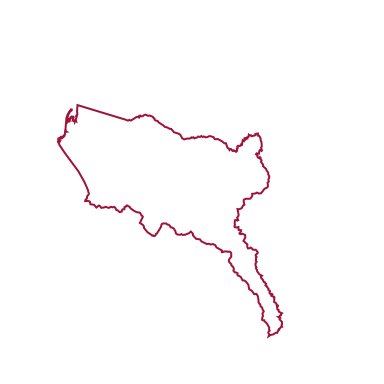 Tumbes, Tumbes, Peru (Robinson projection), rotated 301°
{"feature_id": "86281439B11077659062931", "entity_name": "Tumbes", "entity_type": "district", "adm_level": 2, "iso_a3": "PER", "parent_name": "Peru", "parent_adm1": "Tumbes", "projection": "robinson", "projection_center": [-80.432, -3.859], "detail": "fine", "context": "isolated", "style": "outline", "palette": "rose", "viewbox_px": 384, "rotation_deg": 301, "n_neighbors": 0, "source": "geoboundaries", "source_scale": "gbopen_adm2", "svg_char_len": 6082}
<svg xmlns="http://www.w3.org/2000/svg" viewBox="0 0 384 384"><g transform="rotate(301 192 192)"><path d="M107.9,332.0L110.1,333.1L111.7,334.9L114.6,336.4L115.2,337.6L118.0,337.1L118.7,337.8L119.6,337.1L120.8,337.7L122.3,337.8L122.9,338.6L123.6,337.7L124.6,337.1L125.1,337.3L127.0,336.0L127.9,332.7L128.7,332.2L129.4,332.5L129.4,330.3L130.3,331.2L131.3,331.1L132.1,331.7L132.7,331.2L134.4,331.6L134.1,328.5L134.7,327.3L135.5,327.0L135.4,325.6L137.7,323.8L138.4,324.5L138.9,324.3L139.0,323.9L138.6,323.7L138.8,322.6L140.1,321.4L140.0,319.0L143.0,317.5L143.2,317.1L144.3,316.8L144.5,315.9L144.0,314.9L143.9,313.3L144.4,313.1L145.6,313.6L145.9,312.9L145.1,311.9L145.1,310.8L145.8,310.1L146.9,310.1L147.4,309.7L147.4,307.9L148.5,307.3L149.1,305.4L149.7,304.9L149.7,303.1L151.5,302.8L151.5,302.0L152.2,300.9L151.9,299.8L153.2,298.0L154.1,295.3L154.8,294.8L156.3,295.1L156.1,292.7L156.9,290.3L157.6,288.7L158.7,287.8L159.3,286.4L159.8,285.9L160.7,286.0L161.6,284.4L163.6,283.2L165.4,283.4L166.0,282.0L167.0,281.8L168.2,280.8L169.6,280.8L170.0,279.6L170.7,279.0L173.8,279.7L174.5,278.8L175.3,276.4L173.9,273.8L174.7,271.7L174.6,270.9L173.5,270.4L172.5,269.1L173.2,267.8L175.6,266.4L176.6,261.3L180.5,261.1L182.5,259.7L182.2,256.6L180.8,255.3L180.7,254.3L181.2,253.9L183.5,254.2L184.5,253.8L183.5,251.5L185.9,249.8L184.5,248.5L183.9,246.7L184.5,246.0L186.3,245.6L187.4,244.5L189.7,243.4L190.4,243.6L190.9,245.7L191.7,246.1L193.2,243.9L195.4,244.1L196.6,243.6L200.8,239.8L201.4,241.2L203.0,242.5L204.0,242.9L206.6,242.7L208.1,243.5L210.1,241.4L212.1,240.4L214.2,241.9L215.6,244.5L216.5,245.5L219.6,245.7L221.4,244.5L223.4,247.1L224.9,247.9L225.2,250.3L226.6,251.9L232.2,252.5L234.1,253.9L235.5,254.3L236.6,253.8L238.8,252.0L240.5,252.4L241.9,251.1L244.4,250.7L245.5,249.8L246.4,248.2L247.9,247.3L248.8,244.9L249.9,243.7L250.7,239.6L252.0,239.0L253.3,235.6L255.0,235.3L255.6,233.8L256.9,232.9L256.9,232.3L255.6,232.2L255.5,230.7L256.1,229.7L257.0,229.4L257.3,227.4L258.4,227.5L259.4,229.7L261.8,228.6L262.9,228.6L263.4,229.3L263.0,230.4L263.6,230.6L265.5,228.4L267.1,228.3L270.4,226.0L271.6,224.4L273.7,222.7L274.7,220.7L274.3,219.7L276.1,218.4L274.5,216.5L273.7,217.2L272.6,216.6L272.3,215.9L270.6,214.6L270.5,214.1L271.0,213.3L270.2,212.1L270.3,211.3L269.9,211.5L269.9,212.2L268.8,211.6L267.9,212.0L267.3,211.2L266.5,211.7L266.4,210.7L265.1,209.3L264.3,209.8L264.7,210.6L264.6,210.9L263.3,210.3L262.5,210.4L262.5,208.8L259.2,210.1L258.5,209.7L258.5,210.4L258.0,210.6L256.1,209.3L255.4,207.7L254.4,207.3L253.4,208.5L252.4,208.1L251.4,209.1L250.6,208.8L250.0,209.4L249.1,209.1L249.3,208.0L249.0,207.3L249.3,206.4L249.0,205.9L248.2,205.9L248.1,205.4L248.9,203.4L248.6,202.8L247.3,202.5L248.2,201.3L248.1,199.7L251.3,196.0L250.4,194.7L250.9,191.9L250.8,187.1L249.1,184.6L249.2,183.7L250.1,182.3L249.4,179.1L248.6,177.9L246.8,176.8L245.9,175.4L245.7,173.5L244.7,172.9L244.7,171.1L243.4,170.6L242.7,168.7L241.7,168.5L239.2,166.4L239.7,165.1L238.4,164.0L238.5,163.4L236.8,162.7L235.2,160.2L233.1,158.2L233.0,156.1L235.1,152.3L235.0,150.0L233.9,145.8L235.4,141.6L234.7,140.5L234.5,136.9L233.8,135.5L234.3,132.7L234.5,127.4L235.2,125.9L234.5,123.7L234.8,122.5L235.7,122.0L235.7,120.7L236.3,119.5L235.8,116.4L234.7,115.2L234.4,112.5L233.6,111.5L231.6,110.7L230.6,109.2L230.8,108.2L230.3,107.6L229.4,108.3L228.6,108.3L228.8,107.3L228.0,106.0L221.7,102.8L221.5,101.1L220.2,100.3L219.8,97.9L207.5,49.1L201.6,52.1L200.9,52.9L199.5,53.6L197.4,53.5L197.2,54.0L197.6,54.2L194.0,55.2L192.9,56.3L192.9,55.2L191.6,55.4L192.1,54.9L191.9,53.8L192.7,53.3L192.2,52.9L193.4,52.7L193.4,51.8L195.2,52.0L195.4,51.3L194.6,49.8L193.4,49.5L189.4,50.7L188.9,50.0L189.5,49.3L191.5,48.2L191.3,47.7L189.8,47.7L190.2,47.4L189.7,47.5L189.1,48.4L188.2,48.9L185.9,49.2L187.7,48.4L188.8,48.4L189.9,47.0L191.3,46.9L192.1,46.2L193.4,46.0L193.5,46.4L194.6,45.9L195.5,46.2L198.5,46.0L198.9,46.3L199.1,45.9L200.2,46.8L200.8,46.4L200.5,45.8L197.6,45.4L193.7,45.6L190.9,46.2L180.7,51.2L179.1,52.7L179.1,53.6L178.4,52.8L180.1,51.3L175.9,53.3L172.6,52.7L173.9,53.3L176.0,53.5L174.2,53.8L171.0,52.9L170.0,51.9L171.5,52.5L171.6,52.4L168.9,50.9L167.9,52.0L168.0,52.7L167.7,52.7L168.0,51.2L168.7,50.6L172.6,51.7L171.8,51.2L168.8,50.4L168.9,50.0L168.3,50.1L167.2,52.6L166.0,52.7L166.6,51.0L166.2,51.0L163.8,54.7L159.9,63.0L151.2,84.0L145.2,94.6L140.3,101.5L137.5,104.4L136.8,104.7L134.3,104.3L132.4,105.2L130.4,104.7L129.2,105.1L130.6,107.1L131.2,109.1L130.8,109.8L129.2,111.2L130.6,114.7L129.4,118.0L132.2,119.0L132.7,119.7L131.7,122.5L133.9,125.0L134.8,125.5L135.5,128.9L137.5,130.1L138.0,131.9L139.2,133.0L138.8,134.7L137.6,136.4L138.0,137.6L137.5,140.4L139.1,141.9L139.9,141.4L141.3,141.4L142.4,142.9L144.3,141.9L145.5,142.9L146.8,142.9L147.0,143.3L147.1,146.3L146.3,147.8L146.0,151.7L146.2,154.9L147.5,158.1L146.0,160.6L145.7,162.4L145.1,162.7L138.6,163.3L138.5,167.0L137.8,168.4L136.4,169.5L134.6,174.6L134.4,179.4L134.1,179.9L134.7,180.9L134.4,181.3L135.0,182.7L136.3,183.0L137.4,182.7L138.3,183.3L145.9,183.4L148.1,182.7L149.3,182.8L149.9,183.1L151.7,186.0L151.4,187.7L151.9,188.7L151.8,190.0L150.7,192.0L151.4,193.5L151.2,195.4L149.9,197.9L148.2,199.6L148.0,201.4L149.2,203.8L150.5,204.6L150.3,205.8L151.6,207.9L155.2,210.7L157.5,211.4L156.8,214.1L155.3,215.2L154.0,219.6L155.5,223.3L154.5,225.5L155.1,231.7L156.2,232.9L156.6,235.0L158.2,236.9L158.4,239.4L157.1,241.5L157.3,247.8L155.9,248.3L155.8,248.8L157.6,250.3L158.9,252.2L159.1,253.5L160.2,254.7L160.3,255.9L159.8,257.1L156.7,259.0L153.8,258.5L151.9,259.0L151.1,260.1L150.4,262.8L149.3,263.7L149.1,265.4L148.6,266.4L147.6,267.5L145.9,268.0L145.2,269.9L145.8,271.5L145.8,273.0L144.4,273.5L144.0,274.8L144.4,275.7L144.2,277.8L142.3,280.8L143.1,282.4L143.0,284.3L141.5,288.1L138.2,291.0L138.1,294.2L136.5,298.0L137.7,299.5L137.7,300.1L136.6,302.1L133.6,304.7L131.9,305.7L130.9,307.1L130.9,308.3L129.4,309.5L129.0,311.7L127.8,312.8L126.6,315.0L124.1,315.0L122.2,316.7L120.4,317.0L118.5,317.9L118.6,319.0L119.2,319.9L118.6,320.6L118.0,323.6L115.5,328.1L114.0,328.8L113.1,330.0L111.8,329.6L110.7,329.8L109.5,331.7L107.9,332.0Z" fill="none" stroke="#9f1239" stroke-width="2"/></g></svg>